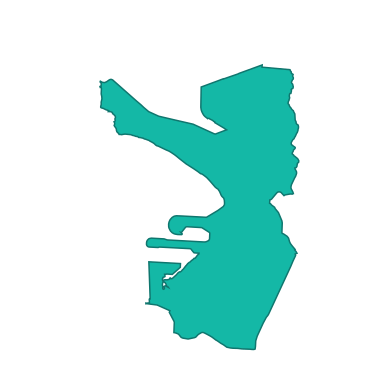 Bayside (NSW), New South Wales, Australia, rotated 105°
{"feature_id": "25037944B57870334231273", "entity_name": "Bayside (NSW)", "entity_type": "district", "adm_level": 2, "iso_a3": "AUS", "parent_name": "Australia", "parent_adm1": "New South Wales", "projection": "natural_earth1", "projection_center": [151.152, -33.963], "detail": "fine", "context": "isolated", "style": "filled", "palette": "teal", "viewbox_px": 384, "rotation_deg": 105, "n_neighbors": 0, "source": "geoboundaries", "source_scale": "gbopen_adm2", "svg_char_len": 5999}
<svg xmlns="http://www.w3.org/2000/svg" viewBox="0 0 384 384"><g transform="rotate(105 192 192)"><path d="M167.3,93.7L166.0,94.5L163.0,97.2L161.7,97.7L160.6,97.8L159.0,97.8L151.8,96.5L150.1,96.0L147.3,95.8L146.5,95.9L145.4,96.3L143.9,97.6L143.4,98.2L142.8,98.6L142.2,98.9L141.8,98.1L141.4,97.7L140.3,97.3L137.0,97.6L135.7,96.7L134.3,96.9L134.1,97.0L132.7,98.3L132.3,98.9L130.8,102.2L130.7,102.8L130.1,103.3L129.8,103.8L129.3,105.0L128.6,105.2L127.4,105.1L126.5,104.8L125.1,104.8L123.5,103.8L122.7,103.7L122.2,103.9L121.8,104.9L121.5,105.9L120.9,107.0L120.7,107.8L119.9,108.6L118.7,108.9L117.5,108.7L116.0,108.3L115.3,108.1L114.3,107.3L112.6,107.0L111.4,106.6L108.7,106.2L107.0,105.7L104.9,105.6L104.0,105.8L102.8,105.7L101.8,105.9L100.9,106.2L99.8,106.9L99.4,108.2L98.8,109.0L98.4,109.3L97.5,109.5L95.7,111.0L90.5,112.7L89.8,113.0L88.5,114.3L87.3,115.1L86.7,116.4L86.1,117.3L85.0,118.4L84.2,119.7L83.1,120.5L82.5,120.9L81.8,122.0L81.4,122.2L79.6,122.3L78.2,122.0L77.6,122.2L77.0,122.0L75.6,122.1L74.1,122.9L72.2,123.1L71.5,122.9L71.4,122.6L71.3,122.2L71.2,122.0L68.5,122.1L67.5,122.7L66.5,122.3L66.2,121.6L65.8,121.4L65.2,121.3L64.0,121.5L61.8,122.7L61.1,123.8L60.4,124.3L59.6,124.3L57.7,124.0L57.3,123.8L56.8,123.5L56.2,123.5L55.4,123.7L53.9,124.9L52.4,124.7L52.0,125.3L51.9,126.3L51.7,126.7L51.0,126.9L50.2,127.3L49.8,127.8L49.6,128.3L49.0,128.6L48.5,129.0L53.3,156.7L51.1,157.1L65.2,177.2L66.1,178.2L74.9,191.2L74.7,191.3L78.3,196.3L88.2,210.3L107.9,205.4L109.8,204.6L110.9,204.0L112.5,202.8L113.9,201.5L114.9,200.4L115.8,198.9L117.0,196.0L117.1,195.9L116.7,195.4L116.5,194.5L116.8,194.0L117.6,190.3L118.1,189.6L118.5,188.0L119.1,187.9L121.8,178.3L123.0,174.7L130.0,184.5L130.0,185.8L126.2,208.5L126.9,227.8L127.4,243.8L125.6,254.6L122.8,260.5L121.0,263.8L118.7,268.7L104.3,297.6L104.1,298.9L104.2,299.5L104.6,300.3L105.3,301.1L107.6,303.0L108.9,304.7L109.1,305.6L109.2,307.2L108.7,309.2L109.2,309.3L109.6,309.1L109.9,308.8L110.2,308.1L110.7,307.7L113.3,307.2L113.5,307.9L113.8,308.2L114.0,308.2L113.9,307.7L114.8,307.5L114.6,306.8L115.3,306.3L120.8,305.1L123.1,303.9L125.4,303.1L128.7,303.0L130.7,302.4L133.1,302.3L133.8,302.1L134.0,301.9L134.2,301.4L134.2,299.4L134.8,296.5L135.0,293.5L136.0,293.7L135.6,291.8L135.5,290.9L135.7,290.0L136.0,289.4L136.9,289.0L137.2,287.9L138.6,285.8L139.6,285.3L140.3,285.2L141.4,285.4L141.8,285.2L142.3,284.8L142.8,284.7L143.9,284.9L144.4,285.5L144.9,284.9L145.5,284.5L146.6,284.3L148.0,284.4L150.4,281.6L152.3,280.8L153.3,280.1L154.5,278.0L155.3,277.3L155.0,276.2L154.8,274.6L154.4,274.0L153.4,271.7L152.5,266.2L152.5,265.2L152.7,264.2L152.6,262.6L152.8,260.5L152.5,258.9L153.1,257.7L152.8,255.9L152.7,252.8L153.1,251.9L153.0,250.6L153.4,246.5L153.7,246.0L154.3,243.3L154.9,241.3L156.1,239.1L156.3,238.4L156.5,237.6L156.4,236.7L158.1,227.6L158.4,225.2L158.9,223.2L160.4,218.8L161.5,216.1L163.2,212.4L166.4,204.9L169.0,196.6L170.8,191.5L171.9,188.9L172.1,188.2L172.0,187.4L172.4,185.9L173.5,183.2L174.3,181.4L176.8,177.4L181.3,170.8L182.1,169.0L182.4,167.8L184.4,165.5L187.8,162.8L188.6,161.8L189.8,159.7L191.7,158.6L194.3,157.7L196.0,157.4L197.9,158.0L203.1,162.2L212.7,171.5L217.9,196.0L219.0,200.9L219.8,202.6L220.3,203.3L221.7,204.6L224.0,205.8L224.9,206.1L226.9,206.4L229.0,206.3L231.7,205.5L232.9,204.8L234.5,203.4L235.3,202.6L236.5,200.5L237.0,198.4L237.0,197.2L236.8,194.9L236.0,191.5L235.8,190.9L235.5,190.7L235.1,190.6L234.8,190.8L233.9,192.2L233.9,191.8L227.7,189.1L227.1,188.4L226.9,188.1L224.0,174.0L223.9,173.2L226.5,164.9L226.8,164.4L227.4,164.1L232.9,162.9L234.0,163.1L235.0,163.8L236.0,165.0L236.6,165.9L236.9,166.5L237.4,168.6L244.7,203.5L244.5,206.8L247.1,219.3L247.8,220.8L248.5,221.7L250.1,222.6L251.4,222.9L252.7,222.8L254.4,222.4L255.1,222.0L255.8,221.2L256.1,220.7L256.3,219.4L254.4,210.4L253.6,209.2L247.2,179.0L247.3,178.4L247.5,178.1L249.3,175.7L250.2,174.3L250.1,173.5L249.3,169.4L250.3,169.4L251.4,170.3L255.0,171.7L255.3,172.1L255.4,172.7L257.0,173.6L258.4,174.8L260.2,175.8L260.6,176.4L262.3,177.6L264.4,178.5L265.0,178.9L268.4,180.3L269.2,180.7L269.6,181.1L271.1,181.7L272.2,182.6L272.4,183.5L273.9,184.7L275.9,185.6L279.8,188.1L280.9,188.9L281.1,189.4L281.1,189.7L280.6,190.5L280.7,190.8L280.9,191.1L281.1,191.1L281.3,190.8L281.5,190.8L282.4,191.7L283.3,193.4L283.8,195.7L284.3,196.3L285.3,196.9L285.5,196.8L285.8,196.0L286.4,195.2L286.6,194.4L286.8,194.2L287.8,193.2L288.7,192.8L289.2,192.3L289.9,190.9L290.0,190.3L290.3,190.0L289.6,192.8L289.6,193.7L290.5,194.5L290.9,194.5L291.7,193.8L292.5,193.7L292.9,193.8L293.4,194.5L293.2,194.9L292.6,195.4L292.2,195.4L291.5,195.7L290.6,195.7L290.1,196.3L289.1,196.6L287.3,196.8L286.5,196.5L285.8,196.7L285.3,197.4L283.7,198.1L283.3,197.8L282.7,198.0L281.9,197.9L281.0,196.4L280.6,196.2L279.8,196.5L278.6,197.2L278.2,195.8L277.8,195.4L276.7,189.7L267.8,183.8L264.1,184.6L270.6,215.6L305.9,204.8L306.0,205.2L306.5,205.1L306.7,205.5L310.1,204.4L311.1,207.1L311.4,207.0L311.6,207.5L311.3,207.7L311.3,207.8L311.9,207.6L311.6,206.9L310.2,196.5L312.4,182.6L314.1,182.8L321.7,175.8L322.4,175.4L332.5,173.1L332.4,172.1L332.4,171.2L332.6,169.1L333.0,167.9L334.9,165.4L335.3,164.5L335.5,163.0L335.0,157.7L332.0,151.8L331.2,150.8L328.2,149.2L327.6,148.7L325.3,146.4L325.0,145.7L324.8,145.0L324.9,143.7L325.6,140.4L326.4,137.1L327.1,134.8L328.9,130.4L329.1,129.3L330.7,124.9L331.4,122.2L332.9,118.2L332.7,114.4L332.3,112.0L331.2,107.3L330.6,103.0L328.8,95.1L328.7,94.1L328.2,91.8L327.8,90.9L327.4,90.4L324.9,90.7L319.3,91.9L314.3,91.7L300.2,89.3L293.8,87.8L291.6,86.8L290.2,86.4L238.5,77.4L232.7,76.6L226.5,75.5L225.2,76.3L224.0,74.7L222.5,76.2L221.4,77.8L220.8,77.5L218.2,81.2L216.4,83.5L214.9,84.8L211.6,86.8L210.2,88.6L208.9,92.4L208.6,94.0L208.2,94.6L198.6,96.8L196.6,97.7L189.5,103.2L186.5,107.4L185.4,108.2L184.0,111.7L183.0,113.1L182.9,114.1L179.5,114.8L179.3,114.3L178.3,113.3L171.0,109.9L170.1,109.3L169.5,108.4L169.2,107.2L169.3,106.0L171.7,102.2L170.7,101.3L168.6,96.8L168.2,95.5L168.2,94.8L167.8,94.2L167.5,94.1L167.3,93.7Z" fill="#14b8a6" stroke="#0f766e" stroke-width="1.5"/></g></svg>